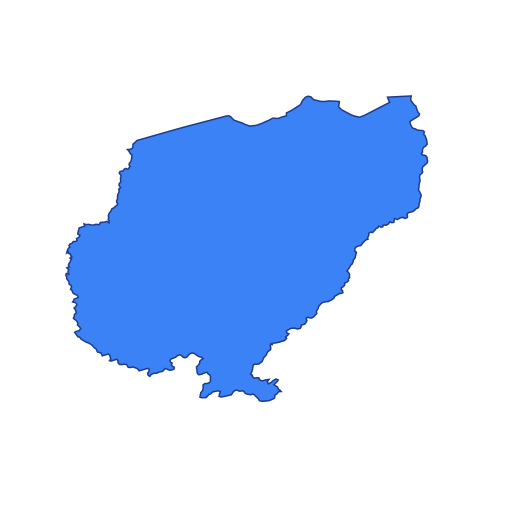 Terenos, Mato Grosso do Sul, Brazil (Equal Earth projection), rotated 255°
{"feature_id": "56859067B74665088865993", "entity_name": "Terenos", "entity_type": "district", "adm_level": 2, "iso_a3": "BRA", "parent_name": "Brazil", "parent_adm1": "Mato Grosso do Sul", "projection": "equal_earth", "projection_center": [-55.092, -20.464], "detail": "fine", "context": "isolated", "style": "filled", "palette": "blue", "viewbox_px": 512, "rotation_deg": 255, "n_neighbors": 0, "source": "geoboundaries", "source_scale": "gbopen_adm2", "svg_char_len": 6074}
<svg xmlns="http://www.w3.org/2000/svg" viewBox="0 0 512 512"><g transform="rotate(255 256 256)"><path d="M180.7,108.4L178.4,111.7L177.0,112.8L175.3,113.4L175.5,120.3L175.4,122.6L174.2,123.6L172.3,122.8L171.0,121.1L168.8,120.9L167.2,122.3L168.7,124.1L169.1,127.0L168.5,129.8L169.0,132.5L168.7,135.8L169.7,137.6L170.9,139.0L169.6,141.0L168.1,142.8L167.7,145.3L167.9,147.5L169.8,148.2L171.0,146.9L172.4,146.0L174.2,147.3L175.6,145.9L177.5,146.0L178.5,147.2L179.0,152.0L180.0,154.3L180.4,156.7L178.7,158.6L177.0,159.4L176.0,161.4L176.4,163.5L177.6,164.9L178.6,166.5L178.9,169.1L177.6,171.5L173.8,174.5L172.4,177.0L170.6,178.4L169.7,175.7L168.8,174.4L166.9,173.8L165.4,172.0L164.3,169.8L162.7,169.5L161.0,169.5L159.3,169.0L157.7,169.1L156.2,169.7L155.8,172.7L156.4,175.7L156.3,178.7L154.5,179.2L153.2,180.4L151.7,180.9L146.6,179.5L145.6,177.8L145.5,175.8L146.0,173.3L145.1,171.4L142.0,170.8L139.9,169.6L138.3,167.3L134.1,165.3L133.1,167.1L132.1,171.3L134.3,174.5L134.6,176.7L135.9,178.8L135.6,184.5L134.2,186.4L131.4,184.6L130.1,184.0L128.9,185.5L128.6,188.2L128.3,196.3L130.4,198.5L131.4,200.2L131.5,203.0L129.9,204.6L129.4,206.5L129.3,208.3L127.7,209.5L125.9,210.1L124.6,212.3L123.3,215.0L123.5,217.3L122.4,218.6L120.9,219.2L117.6,221.3L115.7,221.7L114.6,223.1L113.8,225.2L112.9,231.1L113.3,234.4L113.9,237.1L116.6,238.2L117.4,240.4L119.1,242.9L118.6,245.2L120.0,244.5L121.5,243.2L123.8,242.9L127.1,240.0L129.5,244.4L130.5,245.4L132.0,243.5L131.6,241.3L130.0,237.8L129.3,234.9L131.7,234.4L133.4,236.6L133.9,233.4L133.7,230.4L134.4,228.5L135.9,227.4L137.7,227.1L138.2,225.1L138.4,222.7L140.3,221.5L141.9,221.6L143.4,220.1L145.0,221.8L146.8,223.0L151.3,225.0L151.9,226.7L151.3,228.6L150.9,230.8L151.8,232.7L152.3,234.5L155.6,237.0L157.7,240.2L160.3,242.3L161.8,245.8L163.8,246.6L165.5,246.4L167.4,247.7L166.1,248.5L167.4,250.1L166.9,252.5L166.8,255.9L167.0,261.7L168.4,264.2L170.3,263.7L171.0,265.8L172.4,267.6L173.9,265.8L175.7,265.9L177.1,271.0L176.3,274.7L174.8,277.0L174.6,280.0L175.9,281.2L177.6,282.1L177.5,285.3L179.2,287.4L180.4,288.5L181.7,288.3L183.2,288.7L183.3,290.6L182.2,291.9L181.7,293.7L182.2,295.7L184.8,299.9L186.9,299.9L189.3,302.5L191.1,303.5L192.6,305.7L193.8,307.9L193.8,311.0L193.3,314.1L193.9,317.1L195.1,320.4L196.6,321.4L198.2,326.9L197.8,328.7L198.1,330.5L200.3,330.5L201.5,329.7L203.3,330.3L203.8,332.5L204.9,334.1L206.8,334.5L207.2,336.9L208.2,339.0L209.9,339.2L210.9,340.9L212.3,341.0L213.6,341.6L215.1,341.4L216.5,340.9L217.9,340.0L220.7,343.3L222.7,345.2L223.5,346.9L225.1,348.1L227.0,349.1L228.4,351.1L231.5,352.7L233.5,354.0L235.5,352.7L237.8,353.5L238.9,355.4L239.2,357.7L238.9,359.9L240.7,362.1L242.3,364.7L243.2,366.7L243.2,368.5L244.8,368.6L246.8,370.3L248.8,370.9L249.4,372.8L248.5,374.7L250.5,378.0L251.5,379.1L251.7,381.0L253.1,382.3L251.6,384.0L251.3,386.0L252.7,386.6L252.6,388.3L252.0,389.9L252.8,392.4L254.3,394.0L253.0,395.8L252.8,397.8L256.2,399.4L254.7,402.2L255.5,405.2L255.2,408.2L253.7,409.5L253.9,411.9L255.3,412.7L256.7,412.5L258.4,414.0L258.3,418.8L259.0,420.8L260.3,422.9L260.4,424.7L261.4,426.0L264.3,427.1L266.6,428.6L268.3,429.0L269.9,430.2L271.9,431.3L275.2,430.8L277.7,430.0L280.7,431.4L282.8,432.0L286.3,434.0L290.0,434.4L292.1,435.5L292.9,437.7L294.0,438.8L295.4,438.7L297.0,439.1L298.7,439.9L299.6,441.3L300.5,443.4L301.8,445.6L303.2,446.3L307.4,446.7L308.9,446.0L309.8,444.7L310.3,443.0L312.0,442.2L313.1,443.6L316.3,444.6L317.6,446.1L318.3,448.3L319.7,450.3L324.4,450.9L328.5,450.4L329.9,449.6L331.3,450.0L332.5,450.7L333.9,449.6L335.8,444.5L337.3,443.1L338.4,441.3L339.6,440.0L343.4,439.3L345.9,439.4L346.9,441.9L348.7,448.1L349.5,449.9L350.8,450.7L352.8,449.8L354.7,449.4L359.4,449.2L360.9,448.0L362.9,447.1L364.5,446.6L365.7,445.9L367.8,446.1L370.4,447.4L375.4,424.1L369.8,424.8L363.9,397.8L363.2,392.0L365.5,387.7L367.6,384.6L373.5,378.2L375.4,376.3L378.7,374.4L383.6,376.5L384.6,373.9L386.9,366.6L387.6,361.5L388.8,358.1L392.0,352.3L393.8,351.1L395.2,350.5L396.8,348.0L396.6,344.9L394.3,341.4L390.6,338.0L387.4,327.8L386.3,322.4L383.6,321.7L383.5,316.3L383.1,313.1L384.8,307.9L383.8,303.6L382.5,295.2L382.1,290.2L383.0,283.9L385.9,279.5L388.0,277.2L391.7,271.6L393.1,269.8L396.8,267.7L398.5,266.2L398.9,263.4L399.1,217.2L398.4,170.9L397.0,168.5L395.9,166.1L393.7,165.5L392.0,164.5L391.6,161.9L392.1,159.4L390.2,160.4L387.3,161.1L385.9,162.2L384.3,161.9L380.7,160.3L379.1,158.9L378.1,157.4L376.5,157.0L375.1,157.5L372.9,154.7L374.4,152.6L373.8,151.0L372.6,149.8L372.9,146.6L371.5,145.3L369.8,146.1L368.1,146.5L366.5,145.3L362.3,144.4L361.5,142.7L360.3,142.1L358.6,142.2L357.0,142.9L356.1,140.7L354.6,140.7L352.8,139.9L351.0,138.4L348.7,137.4L347.0,137.1L345.6,135.7L343.8,135.3L342.5,136.0L341.0,134.9L340.4,133.1L339.4,131.4L338.9,129.0L337.0,127.5L335.3,125.2L333.0,123.7L331.3,123.7L329.7,122.7L327.8,123.3L326.1,122.6L328.0,121.2L327.9,118.6L328.7,114.3L326.8,112.8L328.1,109.5L327.9,107.4L328.4,105.2L329.7,103.1L330.4,99.9L331.5,98.2L329.2,98.2L328.9,92.5L324.4,89.9L323.0,89.6L321.7,91.3L320.2,90.3L319.2,87.1L317.4,87.2L316.6,85.6L317.3,83.3L315.9,81.5L315.6,79.2L314.5,78.0L312.8,78.5L311.9,76.6L310.0,75.1L308.0,73.9L308.6,75.7L307.0,75.4L306.1,77.2L304.2,77.2L303.0,77.9L302.1,75.9L301.2,77.2L300.0,75.9L298.4,75.0L296.6,72.8L295.3,72.5L293.8,72.8L293.6,70.2L291.2,71.6L289.4,70.2L286.9,70.4L288.2,68.2L286.6,67.3L285.1,67.7L283.6,67.4L282.2,67.5L281.0,68.2L279.0,68.6L277.1,68.2L275.8,69.6L273.8,69.9L272.0,68.2L270.5,69.3L267.2,69.8L263.9,73.5L262.0,73.5L261.6,71.4L261.4,69.1L260.1,68.2L259.0,67.0L257.6,69.7L255.7,70.4L254.1,69.2L252.8,66.8L251.2,67.6L247.7,67.8L246.4,65.4L244.6,64.8L243.2,63.5L241.7,64.3L240.7,65.4L239.4,66.0L237.6,66.6L235.5,65.7L233.0,67.3L231.2,67.9L229.5,65.5L229.8,62.9L229.2,61.1L225.4,62.5L223.9,63.2L223.1,64.8L221.2,65.4L219.7,66.7L216.5,70.0L215.3,71.8L212.6,74.4L209.3,76.0L207.9,77.4L204.3,78.0L203.2,79.9L202.1,81.3L199.4,81.7L199.5,88.2L197.8,89.1L194.1,89.0L192.8,87.4L192.0,88.9L192.3,94.9L190.6,95.6L188.5,95.1L186.5,96.2L185.8,98.4L185.6,100.8L184.6,103.0L181.5,103.7L180.8,105.9L180.7,108.4Z" fill="#3b82f6" stroke="#1e3a8a" stroke-width="1.5"/></g></svg>